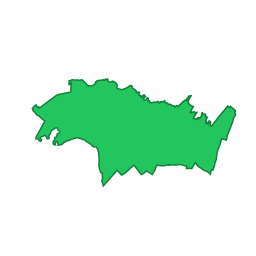 outline of Gohor, Galati, Romania, rotated 115°
{"feature_id": "2599482B74924785680868", "entity_name": "Gohor", "entity_type": "district", "adm_level": 2, "iso_a3": "ROU", "parent_name": "Romania", "parent_adm1": "Galati", "projection": "natural_earth1", "projection_center": [27.4, 46.03], "detail": "fine", "context": "isolated", "style": "filled", "palette": "green", "viewbox_px": 256, "rotation_deg": 115, "n_neighbors": 0, "source": "geoboundaries", "source_scale": "gbopen_adm2", "svg_char_len": 5666}
<svg xmlns="http://www.w3.org/2000/svg" viewBox="0 0 256 256"><g transform="rotate(115 128 128)"><path d="M150.7,222.9L151.0,222.0L151.8,221.9L152.4,221.4L152.8,220.4L153.5,218.1L154.1,217.6L154.5,216.7L154.9,214.8L154.7,213.9L156.4,208.3L156.9,206.3L174.7,207.4L175.9,207.2L176.7,206.8L176.2,206.5L175.9,205.6L176.4,203.7L177.1,202.9L177.1,202.0L176.3,201.2L175.3,201.2L174.8,202.2L174.4,203.3L173.8,203.7L172.6,202.9L171.5,201.7L169.9,200.3L169.7,199.7L170.7,197.7L171.8,197.2L171.6,195.8L170.9,195.2L169.8,195.5L169.6,196.2L168.4,196.8L166.6,196.0L164.0,196.3L162.6,196.2L158.8,193.9L158.2,193.4L157.8,192.1L159.4,190.5L159.7,189.1L160.4,188.4L161.3,188.2L161.9,188.4L162.5,189.1L163.5,189.6L165.6,189.0L166.1,189.0L167.5,190.2L168.5,190.2L169.2,189.6L170.4,189.5L171.1,190.0L172.3,190.1L174.1,189.0L174.3,187.9L174.0,186.6L171.7,187.9L170.7,187.4L170.4,187.1L169.9,186.5L170.4,186.0L171.1,186.0L171.5,185.2L172.7,184.1L173.1,184.1L171.6,181.7L170.3,180.7L168.1,179.9L167.5,179.1L167.0,178.8L165.9,178.5L165.4,178.0L164.5,176.4L162.8,175.2L158.8,170.7L158.1,169.6L157.5,166.2L157.7,165.1L157.7,164.4L157.3,164.0L157.1,162.8L157.9,159.8L158.1,157.2L158.6,154.3L159.5,152.0L159.6,151.4L159.4,150.8L159.0,150.0L158.6,149.0L159.1,148.0L160.1,146.6L162.4,144.4L164.4,143.4L165.3,142.7L170.6,139.9L174.1,138.7L177.7,136.0L179.4,134.2L179.8,133.8L180.0,133.1L180.2,132.3L180.5,131.8L181.6,131.4L183.9,130.0L185.2,129.6L187.0,129.3L190.9,125.9L170.8,119.9L173.4,113.9L169.5,111.3L159.0,107.0L164.6,96.3L161.9,94.3L161.1,93.9L160.5,93.8L160.0,93.4L158.9,93.1L159.9,86.4L155.0,85.8L151.7,86.1L149.1,85.9L149.2,85.6L149.0,84.1L147.0,79.3L145.9,78.0L145.1,77.3L144.8,76.0L144.3,74.6L143.6,75.1L143.5,74.6L142.7,71.9L141.8,69.9L140.9,68.3L139.4,66.1L139.0,65.0L138.6,63.5L137.7,58.4L139.9,58.0L139.6,56.7L138.7,55.6L137.9,53.1L131.0,52.4L131.2,51.6L132.4,49.8L133.2,47.8L133.4,47.0L133.5,44.7L133.8,43.9L133.8,43.3L134.1,42.2L134.3,41.1L134.0,38.9L134.0,38.1L134.7,34.9L135.2,33.9L134.4,33.9L132.4,34.5L130.7,34.9L130.1,33.1L127.6,33.6L124.8,33.9L124.1,34.2L119.3,34.7L112.0,37.0L106.7,37.5L105.5,37.5L101.4,38.0L100.1,38.4L98.2,38.7L98.1,37.5L97.4,34.6L97.5,33.8L95.4,34.0L94.0,34.7L78.4,35.7L75.5,36.3L73.5,36.6L71.5,36.1L69.9,36.3L69.5,37.2L69.0,37.9L68.0,37.7L66.7,38.1L66.1,40.9L65.6,42.4L65.1,44.3L66.8,44.4L66.6,44.7L65.9,46.9L69.0,47.6L80.3,50.7L90.6,52.9L91.0,53.0L90.9,53.3L91.3,53.9L91.2,54.3L90.9,54.5L88.6,55.3L87.8,55.7L87.4,56.1L87.2,57.0L87.4,57.5L88.0,57.9L89.8,56.8L90.4,56.8L90.6,57.1L89.7,57.7L89.6,58.1L90.0,58.5L91.0,59.1L91.0,59.4L89.9,59.9L88.9,59.9L88.7,60.1L88.7,60.6L88.3,60.8L87.7,60.6L86.4,60.8L85.0,60.7L84.7,60.8L84.7,61.4L85.1,61.9L85.1,62.3L84.9,62.6L84.1,62.7L82.9,63.6L82.8,63.9L82.9,64.3L83.8,65.1L84.0,65.5L83.9,65.8L83.3,66.5L82.7,66.7L82.5,67.0L82.9,67.3L83.9,67.3L84.4,67.1L84.6,66.9L85.2,66.6L88.9,66.9L89.4,67.3L88.7,68.0L88.7,68.5L89.3,69.0L90.3,69.0L90.5,69.5L90.3,69.8L91.2,70.2L91.4,70.1L91.7,72.9L84.9,72.2L85.5,72.9L86.0,72.9L86.3,73.2L86.0,73.4L85.6,73.4L85.2,74.5L85.3,75.0L85.6,75.2L86.3,75.3L86.3,76.4L87.9,77.6L88.0,77.9L87.9,78.2L80.9,77.8L81.1,79.4L80.5,82.7L80.3,83.2L78.8,84.3L78.5,84.9L72.0,84.4L72.1,84.8L72.6,85.1L73.2,86.1L73.6,86.4L74.3,86.4L74.8,86.2L75.1,86.6L75.4,86.8L76.9,86.5L77.0,86.6L77.1,87.0L77.4,87.1L77.6,87.0L78.2,86.4L78.4,86.3L78.5,86.7L78.4,87.6L78.9,88.4L79.3,88.5L80.5,88.4L80.8,88.6L80.7,89.0L80.8,89.3L81.1,89.5L83.5,90.0L84.2,90.6L85.2,91.1L85.9,90.9L86.8,91.2L87.1,93.5L87.5,93.8L88.3,93.7L89.0,94.1L89.2,94.5L89.1,94.8L88.5,95.3L89.1,97.2L89.1,97.7L88.7,98.3L88.6,99.9L88.7,100.4L89.7,101.3L88.9,102.6L88.8,103.2L89.1,104.3L88.8,105.0L88.8,105.8L88.5,106.0L87.8,106.0L87.7,106.2L88.0,106.5L89.3,107.1L89.5,108.0L90.4,108.5L90.3,109.0L90.5,109.5L91.7,109.8L92.2,110.1L92.3,110.3L91.3,111.4L91.3,111.7L91.5,112.3L92.1,112.7L92.4,113.1L93.9,115.8L94.9,117.0L95.6,118.2L95.7,119.0L95.5,119.4L95.2,119.6L94.7,119.6L94.3,120.0L94.4,120.3L94.7,120.6L94.9,121.2L94.5,121.6L94.1,121.5L92.8,122.0L92.6,122.2L92.5,123.2L93.2,123.7L94.2,123.6L95.1,124.0L95.8,124.7L95.8,125.2L95.7,125.7L95.3,126.2L94.5,126.0L93.2,126.2L92.2,125.4L91.9,125.4L91.8,125.6L91.9,126.1L92.0,126.3L92.7,126.6L92.8,126.8L92.4,127.4L92.1,127.4L91.5,127.1L91.2,127.2L91.2,127.4L91.5,127.8L92.2,128.2L94.0,128.2L94.9,128.8L94.9,129.2L94.7,129.4L94.2,129.2L93.5,129.3L93.3,129.5L93.5,130.0L93.3,131.0L93.6,132.0L93.5,132.3L93.2,132.4L91.5,132.3L91.0,132.6L90.9,133.0L91.0,133.5L91.5,134.2L92.3,134.6L92.4,134.8L92.3,135.3L91.2,135.9L91.0,136.2L90.3,137.8L90.1,138.6L90.2,139.7L89.9,140.6L88.5,142.0L88.3,142.6L88.4,143.2L88.6,143.9L89.2,144.4L91.0,145.3L91.8,145.9L93.2,147.0L94.6,148.5L95.7,149.3L96.7,153.8L96.8,154.3L96.6,154.8L95.9,155.5L94.7,155.5L93.4,156.1L93.2,156.4L93.2,156.9L92.1,158.5L92.0,159.0L92.2,160.1L91.9,161.1L91.9,161.6L92.3,162.1L93.1,162.4L93.5,162.7L93.8,163.2L94.3,165.0L94.2,165.5L93.9,166.1L92.8,166.4L92.3,166.8L92.3,167.2L92.9,167.9L93.0,168.7L93.2,169.0L93.6,169.2L94.3,169.0L94.7,169.1L94.9,169.7L94.7,170.2L94.9,171.3L95.2,171.6L95.8,171.9L96.1,172.3L96.4,173.6L98.6,176.2L99.1,176.5L99.9,176.7L100.2,176.7L100.1,176.2L100.6,176.1L101.1,176.4L103.1,176.7L103.8,177.5L104.5,178.0L104.7,178.7L105.4,179.3L105.8,180.2L106.4,180.8L106.4,182.9L106.3,183.5L105.7,184.1L104.7,186.9L104.4,188.1L103.9,188.9L103.9,190.3L104.2,190.9L104.9,191.3L105.3,192.1L106.0,194.7L106.8,195.8L107.2,196.7L107.6,198.2L107.7,199.0L109.9,200.5L110.1,201.2L109.3,201.6L113.6,199.7L113.0,198.8L112.5,199.0L111.2,198.4L119.6,195.1L127.2,205.4L128.9,206.8L147.1,216.6L146.7,217.3L146.7,217.9L147.8,218.3L145.9,221.1L147.1,221.9L149.2,222.5L149.8,222.5L150.7,222.9Z" fill="#22c55e" stroke="#15803d" stroke-width="1.5"/></g></svg>